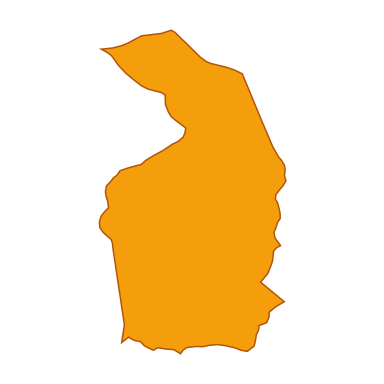 Pires Ferreira, Ceará, Brazil (Equal Earth projection), rotated 266°
{"feature_id": "56859067B7581149614600", "entity_name": "Pires Ferreira", "entity_type": "district", "adm_level": 2, "iso_a3": "BRA", "parent_name": "Brazil", "parent_adm1": "Ceará", "projection": "equal_earth", "projection_center": [-40.577, -4.258], "detail": "fine", "context": "isolated", "style": "filled", "palette": "amber", "viewbox_px": 384, "rotation_deg": 266, "n_neighbors": 0, "source": "geoboundaries", "source_scale": "gbopen_adm2", "svg_char_len": 1647}
<svg xmlns="http://www.w3.org/2000/svg" viewBox="0 0 384 384"><g transform="rotate(266 192 192)"><path d="M341.0,196.4L344.0,193.6L352.3,186.3L354.8,182.7L352.3,172.4L351.8,162.0L351.3,152.6L348.6,146.3L345.3,139.1L343.0,132.6L341.2,122.9L340.8,111.4L337.2,117.1L333.5,121.3L323.2,127.6L320.1,130.2L314.8,134.6L307.3,142.4L301.1,149.5L297.6,155.5L293.4,168.3L290.7,171.9L286.4,171.9L281.2,171.6L273.2,174.1L268.5,176.6L264.2,181.1L256.3,190.2L251.7,189.2L247.5,187.1L243.3,181.6L241.1,175.8L235.3,165.7L231.3,156.8L226.9,148.2L223.0,143.2L222.0,137.7L220.5,130.2L218.2,121.6L214.0,118.4L211.6,114.6L207.9,111.4L204.0,107.1L198.3,105.6L192.8,106.2L188.9,107.2L182.3,107.7L178.1,103.1L174.2,99.6L168.6,97.5L162.8,97.6L157.9,100.6L154.0,104.3L150.3,108.0L146.7,109.0L140.1,109.3L64.2,115.3L46.7,111.3L51.6,118.6L48.1,123.7L46.3,130.2L41.8,133.8L36.8,142.4L39.0,146.9L37.2,154.9L36.0,162.8L31.4,169.3L34.9,172.1L37.2,176.1L37.6,185.0L36.9,192.1L37.8,198.1L38.0,206.6L36.4,214.5L33.5,224.1L30.6,230.1L29.2,236.1L33.9,243.2L39.6,245.0L45.4,246.3L49.1,248.6L54.2,249.7L56.4,257.2L61.6,260.1L66.7,260.6L71.3,266.9L74.0,272.1L76.1,276.4L97.3,254.1L100.7,257.5L105.4,261.9L109.0,263.7L113.0,265.6L117.6,267.5L122.7,268.4L127.3,269.3L130.4,272.4L132.4,276.6L135.8,274.4L140.4,271.6L145.9,270.9L150.4,273.2L155.8,275.3L159.3,278.1L164.4,278.4L170.0,277.6L175.4,276.6L178.9,274.7L183.5,275.5L188.3,279.7L191.8,283.1L196.5,286.5L202.1,285.4L207.7,286.5L212.5,286.0L217.4,283.4L221.1,280.7L231.3,275.8L258.5,266.4L306.4,250.4L310.7,242.9L313.9,235.4L318.8,220.0L320.9,215.7L325.9,209.7L341.0,196.4Z" fill="#f59e0b" stroke="#b45309" stroke-width="1.5"/></g></svg>